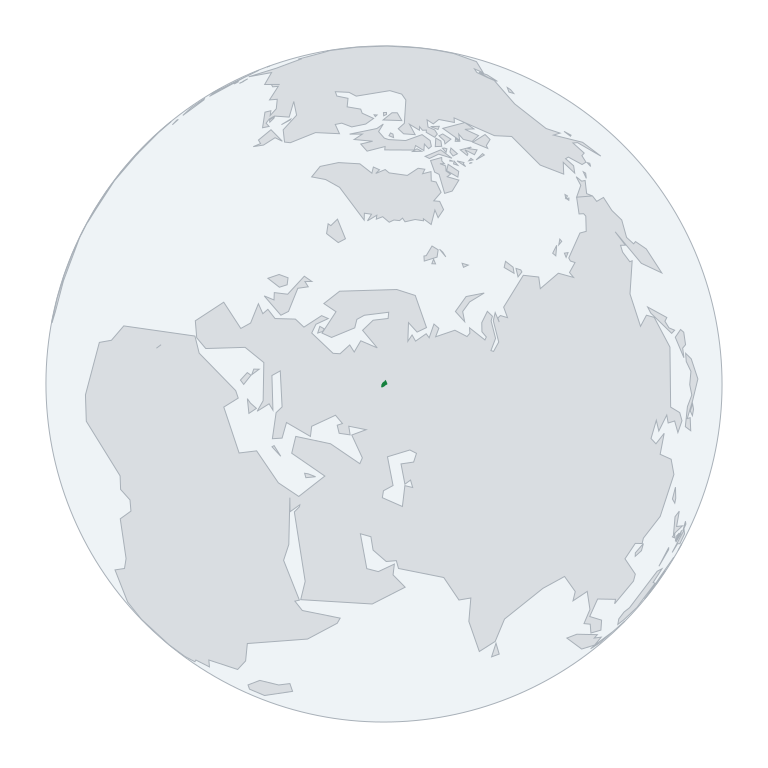 Moskva on an orthographic globe, rotated 30°
{"feature_id": "RUS-2365", "entity_name": "Moskva", "entity_type": "Federal City", "adm_level": 1, "iso_a3": "RUS", "parent_name": "Russia", "parent_adm1": "", "projection": "orthographic", "projection_center": [37.264, 55.525], "detail": "fine", "context": "on_globe", "style": "filled", "palette": "green", "viewbox_px": 768, "rotation_deg": 30, "n_neighbors": 0, "source": "natural_earth", "source_scale": "10m", "svg_char_len": 11984}
<svg xmlns="http://www.w3.org/2000/svg" viewBox="0 0 768 768"><g transform="rotate(30 384 384)"><circle cx="384" cy="384" r="338" fill="#eef3f6" stroke="#a8b0b8"/><path d="M244.6,76.2L249.3,74.1L246.4,75.4L255.5,71.5L262.3,68.8L279.3,62.9L302.9,58.6L314.2,64.8L304.8,65.9L308.6,67.8L320.6,66.9L327.7,66.0L357.1,76.1L396.6,81.7L411.0,78.7L406.3,83.7L435.1,75.4L457.8,78.2L430.9,78.2L427.1,80.8L441.9,83.9L441.2,87.3L448.0,90.9L445.8,94.9L430.2,95.3L428.6,98.1L439.1,100.2L443.7,106.0L428.4,102.4L434.7,112.4L409.8,116.3L370.8,105.8L355.5,113.7L311.6,118.5L314.2,122.3L299.2,127.5L296.6,134.1L289.2,133.7L293.6,139.4L300.9,138.6L305.2,140.9L304.4,145.0L294.7,144.9L293.8,142.9L290.5,145.0L286.1,143.4L287.8,146.5L276.2,146.3L286.3,152.5L275.9,157.5L268.7,155.8L271.3,148.1L260.9,127.1L254.4,124.1L242.4,127.0L216.0,148.6L207.9,148.9L195.7,155.2L199.2,158.2L210.0,154.6L213.5,162.4L226.4,157.6L229.7,160.4L242.2,159.2L238.2,168.0L227.5,177.5L217.0,179.2L212.0,183.6L220.3,189.5L199.0,200.5L182.2,221.9L176.9,224.2L169.6,214.3L173.9,194.9L164.6,184.4L168.4,200.3L155.2,206.7L152.1,211.8L151.5,217.1L155.7,218.4L150.7,222.8L145.0,208.1L149.4,203.9L151.2,208.4L153.1,199.5L149.2,190.8L142.8,195.2L143.6,179.1L139.0,182.3L136.7,180.9L143.9,176.7L130.9,184.3L130.9,170.5L113.2,185.6L132.9,164.3L141.4,154.0L150.2,143.4L147.3,145.5L162.9,130.1L170.5,122.2L168.1,124.0L192.2,105.8L217.7,89.8L244.6,76.2ZM126.1,165.7L124.4,167.7L124.2,168.0L126.1,165.7ZM68.4,263.3L68.4,263.1L63.8,276.0L56.2,304.9L55.9,305.0L48.9,342.8L47.1,376.9L46.6,391.6L46.3,393.2L47.0,404.8L47.0,408.3L54.8,455.0L63.2,485.6L65.9,497.1L65.0,495.5L58.0,472.9L52.6,449.8L48.8,426.4L46.6,402.8L46.1,379.1L47.3,355.5L50.1,331.9L54.6,308.7L60.7,285.7L68.4,263.3ZM109.3,189.1L89.0,222.2L96.0,208.2L95.5,209.6L101.6,200.1L111.4,185.5L118.8,174.8L109.3,189.1ZM110.3,192.8L113.4,187.8L111.0,192.1L110.3,192.8ZM330.9,65.2L321.0,66.6L310.3,66.5L318.7,64.7L330.9,65.2ZM351.1,67.5L346.3,68.7L342.5,65.6L346.4,65.8L351.1,67.5ZM421.6,76.2L413.6,75.2L421.6,75.0L421.6,76.2ZM449.3,90.7L451.8,90.0L454.2,92.3L449.3,90.7ZM243.5,154.5L242.8,156.8L240.8,155.8L243.5,154.5ZM249.6,151.9L247.8,149.2L250.4,147.6L251.4,149.3L249.6,151.9ZM453.2,100.6L456.4,104.8L450.5,100.6L453.2,100.6ZM251.2,155.8L255.3,145.1L259.9,142.5L267.7,147.0L251.2,155.8ZM456.4,107.2L464.3,117.8L470.5,116.9L457.4,125.9L455.1,113.6L446.8,108.4L453.8,109.5L456.4,107.2ZM303.5,136.6L295.7,137.7L303.0,133.2L303.5,136.6ZM307.1,133.2L323.3,117.2L334.3,118.1L326.7,123.0L341.7,121.6L339.1,129.9L330.3,132.5L323.7,130.2L327.8,135.2L307.1,133.2ZM448.9,129.4L448.5,132.3L446.0,129.4L448.9,129.4ZM307.5,141.6L309.8,138.1L319.5,138.5L316.8,145.6L314.5,143.1L307.5,141.6ZM346.8,117.4L353.6,119.2L353.4,126.3L356.0,128.1L340.0,130.2L346.8,117.4ZM311.8,145.1L315.1,149.3L309.7,152.8L305.9,145.1L311.8,145.1ZM323.2,135.7L327.7,136.3L324.3,138.2L323.2,135.7ZM292.5,168.4L295.0,163.8L300.3,163.6L292.5,168.4ZM316.7,150.6L318.5,149.4L320.9,148.9L321.9,152.4L316.7,150.6ZM341.0,135.2L339.5,137.9L347.5,134.7L347.7,140.2L337.0,140.7L341.7,142.8L341.8,144.5L333.0,143.1L341.0,135.2ZM330.0,154.5L316.4,157.6L310.6,166.0L305.8,166.3L316.0,152.9L330.0,154.5ZM332.5,147.9L329.8,152.0L325.1,150.1L324.0,146.2L332.5,147.9ZM351.7,143.8L354.2,135.2L356.4,135.5L351.7,143.8ZM329.2,157.2L332.5,156.5L329.4,158.0L329.2,157.2ZM345.8,148.3L346.4,145.1L349.0,145.4L345.8,148.3ZM338.6,157.7L334.2,158.6L333.3,155.9L338.6,157.7ZM342.7,153.7L346.0,154.9L335.7,154.3L342.5,152.2L342.7,153.7ZM348.2,149.1L349.8,148.2L347.6,150.4L348.2,149.1ZM344.5,167.9L331.6,167.9L329.7,161.7L342.4,162.5L344.5,167.9ZM291.9,709.1L290.2,708.5L271.0,701.0L244.0,679.5L251.5,673.5L247.9,664.1L223.0,632.6L228.4,620.6L222.0,611.4L208.6,607.0L201.4,595.5L193.4,591.2L144.8,565.1L130.9,542.7L116.7,490.3L126.1,482.4L129.6,463.8L196.3,437.0L208.5,449.7L258.9,463.9L264.8,469.1L256.8,484.1L293.0,516.2L307.1,505.6L341.9,522.4L366.4,524.0L378.8,493.3L338.7,490.1L333.8,473.5L367.6,462.5L402.9,465.1L402.2,458.8L381.6,444.3L391.4,432.5L374.6,438.2L380.1,445.0L369.8,449.1L364.1,443.1L367.8,439.0L357.6,435.3L342.5,456.8L346.5,466.2L318.8,466.1L322.8,481.8L314.7,487.2L304.9,462.8L307.2,454.8L287.6,424.5L282.7,432.7L300.9,462.2L294.4,458.6L287.8,471.0L287.7,458.9L269.2,425.5L245.4,421.7L211.9,442.4L198.7,437.6L189.0,423.6L204.3,393.3L232.2,407.5L238.0,397.9L235.1,377.3L243.9,383.7L246.1,377.4L256.9,381.8L274.8,372.1L286.2,374.8L295.8,356.0L303.0,355.2L295.2,366.3L295.9,376.0L324.5,382.9L330.8,379.8L334.8,367.3L342.2,371.2L342.3,358.2L360.1,356.1L338.6,348.2L342.7,334.2L354.8,325.2L352.2,319.5L332.6,334.3L328.2,341.6L330.6,350.0L315.3,369.9L304.9,370.9L306.3,345.4L291.7,344.4L299.2,325.8L347.8,295.8L366.8,291.7L392.6,313.9L386.7,322.5L374.5,318.6L383.3,335.1L383.8,327.5L389.9,331.1L395.4,319.4L400.0,321.4L397.3,307.1L403.6,308.3L405.1,317.3L418.5,302.0L432.2,301.4L433.0,297.1L430.0,292.6L449.4,295.4L449.1,292.1L442.7,289.8L438.0,282.0L437.2,269.4L444.0,271.1L445.2,275.8L457.8,288.7L459.9,301.6L462.6,301.0L462.4,290.3L447.0,274.5L444.6,266.6L452.8,272.8L449.6,269.9L450.6,266.5L457.8,264.8L449.2,257.6L450.3,220.2L464.5,214.0L471.7,223.3L479.6,200.9L494.9,196.9L488.9,194.7L488.7,183.3L483.9,184.3L481.0,182.5L478.2,155.3L482.8,150.7L474.8,137.7L471.7,136.7L467.9,139.2L457.4,125.9L470.5,116.9L476.9,119.5L480.8,112.7L494.6,119.8L507.9,123.1L520.8,135.8L530.1,137.8L530.6,134.9L543.6,135.9L569.0,148.9L546.5,150.8L508.1,136.6L523.6,143.1L519.5,145.6L524.7,150.5L535.7,155.2L537.3,153.2L552.0,183.0L577.3,205.8L576.9,193.2L584.7,191.2L613.2,209.1L643.8,260.7L654.4,260.9L660.4,266.8L662.8,279.1L654.2,270.7L649.6,275.7L644.4,269.5L645.5,287.3L638.0,279.3L642.5,297.7L649.4,299.8L651.3,286.6L658.3,306.8L670.3,305.6L680.3,317.4L689.4,360.6L685.7,387.8L687.3,393.1L681.3,396.4L680.1,414.9L696.7,423.0L698.6,429.9L693.6,459.0L692.2,454.7L676.5,463.4L678.4,482.5L690.5,479.7L694.9,488.7L687.7,496.2L682.7,488.9L677.0,491.5L675.1,476.3L663.7,462.0L656.1,477.3L653.4,468.1L636.6,460.4L623.8,481.5L605.9,527.3L609.0,551.3L600.3,568.0L576.2,547.2L566.2,525.9L556.9,533.6L532.5,521.7L488.8,536.5L483.0,530.8L474.7,536.6L457.6,533.3L449.0,522.8L438.4,525.5L461.4,552.5L472.9,549.3L483.0,534.8L487.3,544.8L503.9,549.4L483.8,580.4L419.7,612.4L414.4,594.3L370.3,539.6L372.1,532.8L372.0,532.1L371.5,530.7L366.5,541.6L359.3,529.5L381.8,570.6L385.2,586.9L418.8,613.5L415.4,616.6L426.5,621.0L463.1,608.7L463.1,614.6L445.3,643.1L395.4,677.1L402.6,693.0L400.0,704.4L370.3,710.6L374.3,716.3L359.1,717.1L359.1,719.1L347.7,719.5L328.2,717.3L291.9,709.1ZM171.3,461.4L169.0,466.8L171.3,461.4ZM439.4,483.3L461.2,480.9L452.9,461.6L460.6,459.3L455.0,453.9L452.2,460.3L438.7,444.7L448.7,436.8L446.8,427.8L439.4,428.2L423.4,445.3L442.6,467.4L436.9,476.7L439.4,483.3ZM56.1,305.7L54.7,311.3L55.6,306.6L56.1,305.7ZM94.6,209.8L91.4,215.4L89.0,219.7L91.0,215.9L94.6,209.8ZM73.6,257.7L71.1,265.3L72.7,258.9L73.6,257.7ZM86.3,227.3L75.5,252.0L78.8,241.2L86.0,225.9L82.4,234.2L86.3,227.3ZM107.0,194.7L104.5,198.7L103.7,199.1L107.0,194.7ZM108.5,196.0L109.1,194.8L111.3,192.0L108.5,196.0ZM155.5,207.5L155.8,208.8L154.2,214.4L152.8,212.4L155.5,207.5ZM160.2,237.3L152.1,243.8L156.9,237.5L153.3,235.5L159.0,220.3L174.6,224.6L166.5,225.2L160.2,237.3ZM170.9,202.0L165.5,210.7L170.8,201.1L170.9,202.0ZM247.8,340.0L250.5,346.5L245.0,352.5L230.6,350.5L238.4,341.6L247.8,340.0ZM255.7,354.4L261.1,330.5L270.3,331.3L264.3,334.8L269.8,337.7L261.5,344.2L265.0,368.9L260.3,376.0L236.2,367.6L246.7,366.2L243.3,359.7L255.7,354.4ZM258.8,273.4L261.3,264.5L278.0,277.5L273.7,284.4L259.1,282.5L255.5,273.2L258.8,273.4ZM264.2,166.5L264.1,163.3L266.8,163.1L269.1,165.8L264.2,166.5ZM293.2,166.3L267.6,180.9L266.2,177.8L252.9,190.8L243.9,187.8L252.8,179.4L235.9,187.2L240.3,178.4L229.3,184.8L250.1,166.3L253.4,159.2L253.1,168.1L261.3,170.9L265.8,170.0L281.1,162.3L292.3,149.0L302.2,150.1L306.2,154.5L305.0,157.9L299.0,156.0L301.8,161.9L292.1,161.7L293.2,166.3ZM347.7,212.9L341.1,207.9L345.1,222.3L335.5,221.2L336.6,222.9L328.7,226.0L321.1,233.0L317.1,231.1L315.8,234.7L310.6,237.0L307.6,241.3L299.2,239.8L294.9,245.1L293.4,241.4L288.1,251.0L288.3,243.2L281.6,245.9L284.9,252.0L247.2,235.9L231.2,236.1L217.8,240.8L219.9,227.5L233.9,215.0L253.0,205.4L268.1,207.5L266.3,201.4L273.0,200.7L271.6,205.8L277.8,197.7L282.9,198.6L299.9,191.7L305.7,180.1L312.0,177.6L312.3,182.6L318.5,176.6L323.4,184.5L328.1,183.0L337.6,189.5L335.5,200.5L340.9,198.0L348.4,203.2L347.7,212.9ZM346.9,170.0L346.6,182.8L341.2,188.6L326.9,174.9L322.0,175.2L312.6,167.2L320.7,159.0L322.6,162.0L326.3,163.0L322.3,165.2L328.4,164.3L331.2,168.5L336.7,169.0L335.1,172.9L346.9,170.0ZM273.0,465.0L277.8,467.3L285.7,468.9L281.7,477.0L273.0,465.0ZM259.9,442.5L264.4,442.9L262.7,454.5L257.7,452.4L259.9,442.5ZM268.5,433.6L264.8,442.1L263.8,436.2L268.5,433.6ZM299.6,366.2L304.7,366.1L304.6,369.2L301.1,373.0L299.6,366.2ZM357.4,257.4L354.6,253.2L356.4,251.7L356.6,240.5L363.8,240.7L366.5,247.6L357.4,257.4ZM371.1,498.5L363.2,504.2L359.9,501.0L363.3,499.7L371.1,498.5ZM319.6,492.3L330.7,498.2L318.4,494.4L319.6,492.3ZM365.3,255.9L364.5,251.1L368.6,254.2L365.3,255.9ZM369.0,240.4L374.0,243.0L364.7,239.5L369.0,240.4ZM458.5,695.9L436.3,713.5L420.1,715.5L416.7,712.6L424.6,702.8L443.3,697.3L452.3,690.5L458.5,695.9ZM710.7,470.4L700.6,499.6L695.3,510.0L697.4,503.9L705.9,484.2L711.1,468.9L710.7,470.4ZM696.9,504.8L687.7,514.7L669.4,512.6L676.1,504.3L694.1,494.4L693.1,498.9L698.7,494.6L696.9,504.8ZM715.9,440.7L714.8,451.0L709.5,468.5L706.7,475.3L704.8,470.1L705.9,461.5L708.5,455.0L714.2,409.6L717.1,405.0L716.3,421.3L718.4,421.0L715.9,440.7ZM610.6,552.5L618.8,560.3L613.6,566.5L610.6,552.5ZM713.3,385.1L713.2,404.4L712.3,383.1L713.3,385.1ZM710.8,368.3L712.5,372.0L710.2,372.2L710.8,368.3ZM690.3,399.6L687.7,407.6L686.1,404.6L688.4,392.5L690.3,399.6ZM688.0,327.6L693.8,337.1L695.4,341.8L691.3,339.4L688.0,327.6ZM425.3,255.1L417.1,270.1L415.9,281.9L422.7,289.7L409.6,285.5L411.4,267.2L425.3,255.1ZM446.5,224.2L440.5,217.9L445.4,216.8L447.4,218.0L446.5,224.2ZM441.3,223.1L429.8,223.0L427.9,217.0L437.4,218.3L441.3,223.1ZM397.5,238.9L394.5,243.2L391.3,240.4L397.5,238.9ZM719.5,424.1L719.5,423.3L718.6,431.3L717.2,440.0L717.8,434.5L719.1,419.5L719.7,410.6L721.6,389.1L719.3,417.5L719.8,419.4L721.1,405.1L720.0,418.3L720.1,418.9L719.5,424.1ZM721.9,381.1L721.9,380.0L721.7,373.5L721.7,373.3L721.8,374.2L721.9,381.1ZM720.1,374.4L718.1,375.5L717.8,385.8L716.9,360.4L719.2,363.6L720.1,374.4ZM716.0,365.6L715.9,375.1L714.9,361.9L716.0,365.6ZM714.9,374.5L713.2,370.1L714.2,365.3L714.9,374.5ZM716.3,362.1L713.7,352.1L715.5,354.4L716.3,362.1ZM708.6,361.1L713.4,357.6L709.9,369.4L702.4,353.4L703.3,346.5L708.6,361.1ZM666.9,257.2L662.6,254.1L661.3,247.0L664.7,251.1L666.9,257.2ZM653.3,222.7L659.6,244.2L663.9,262.3L666.0,260.1L673.0,271.1L666.3,270.3L658.1,251.9L656.1,239.7L649.1,231.7L643.5,219.6L634.5,213.4L629.9,206.6L637.5,208.6L653.3,222.7ZM630.6,211.3L612.9,197.9L613.6,188.5L617.7,189.3L625.5,199.2L624.7,203.6L630.6,211.3ZM608.8,192.1L607.8,196.3L579.6,189.2L573.8,185.5L595.7,185.0L595.9,189.2L602.7,192.9L608.8,192.1ZM452.2,132.5L448.9,132.3L451.2,130.5L452.2,132.5ZM478.4,183.3L474.8,180.5L477.7,178.2L478.4,183.3ZM466.6,171.6L465.8,176.1L463.8,170.6L466.6,171.6ZM464.7,186.4L464.2,177.5L468.7,187.1L464.7,186.4Z" fill="#d9dde1" stroke="#a8b0b8" stroke-width="1"/><path d="M383.5,387.2L383.4,386.9L383.4,386.7L383.3,386.4L383.2,386.4L383.1,386.1L382.9,385.9L382.8,385.7L383.2,385.3L382.8,384.6L382.8,384.0L383.2,384.0L383.2,384.5L383.7,384.5L383.8,383.5L384.5,383.2L384.3,382.7L384.4,382.3L384.5,382.0L384.6,381.9L384.4,381.7L384.5,381.6L384.6,381.9L384.8,381.9L385.0,381.8L385.5,381.9L385.8,382.2L385.9,382.3L385.9,382.6L386.1,382.7L386.0,382.9L385.9,382.9L385.8,383.3L385.6,383.5L385.4,383.7L385.2,384.3L385.0,385.0L384.7,384.9L384.5,385.2L384.7,385.4L384.5,386.0L384.3,386.4L384.1,386.2L383.8,386.6L383.8,387.0L383.5,387.2ZM383.4,382.7L383.7,382.8L383.6,383.0L383.3,383.1L383.1,383.1L383.1,382.8L383.4,382.7ZM383.8,380.8L384.1,381.0L384.0,381.4L383.7,381.3L383.8,380.8Z" fill="#22c55e" stroke="#15803d" stroke-width="1.5"/></g></svg>